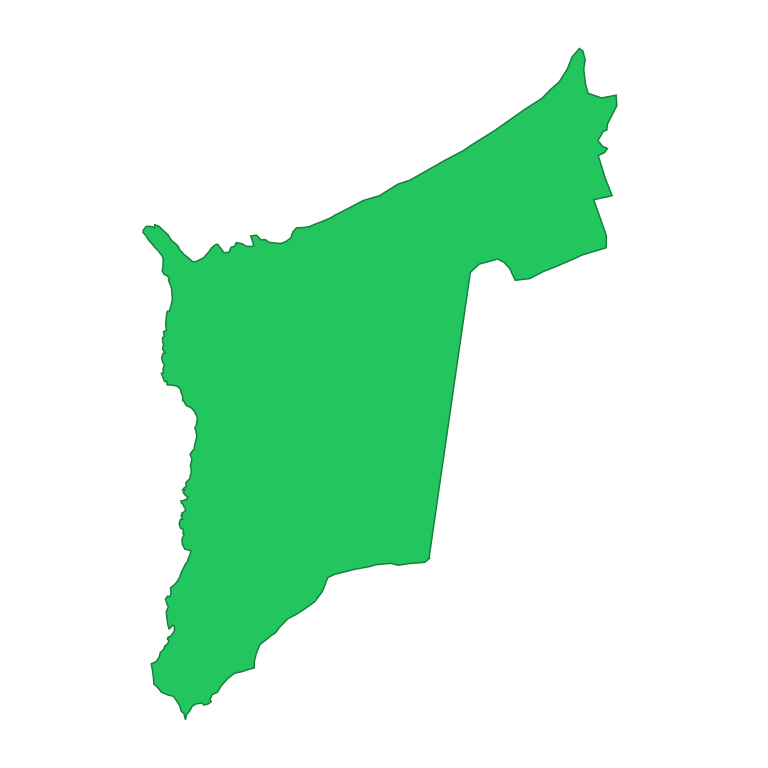 Akrotiri, Cyprus (Mercator projection), rotated 86°
{"feature_id": "46923920B88253584339693", "entity_name": "Akrotiri", "entity_type": "district", "adm_level": 2, "iso_a3": "CYP", "parent_name": "Cyprus", "parent_adm1": "", "projection": "mercator", "projection_center": [32.972, 34.606], "detail": "fine", "context": "isolated", "style": "filled", "palette": "green", "viewbox_px": 768, "rotation_deg": 86, "n_neighbors": 0, "source": "geoboundaries", "source_scale": "gbopen_adm2", "svg_char_len": 4060}
<svg xmlns="http://www.w3.org/2000/svg" viewBox="0 0 768 768"><g transform="rotate(86 384 384)"><path d="M62.9,165.8L65.8,168.5L70.8,173.5L82.6,179.2L95.0,188.3L101.5,196.9L109.9,206.3L119.9,224.5L139.3,256.7L151.7,280.0L156.7,288.6L165.3,308.1L182.4,343.8L185.7,356.4L195.8,375.4L199.6,392.1L210.0,415.9L211.8,420.6L214.3,425.1L217.5,434.2L219.7,441.5L222.0,448.0L222.3,454.8L222.1,458.5L222.1,460.4L226.0,464.3L231.8,466.8L235.2,472.1L236.6,477.4L234.8,488.6L231.8,492.2L231.6,496.6L228.5,499.2L226.6,501.1L227.1,506.6L236.3,504.3L237.6,506.1L237.1,511.5L234.4,515.5L232.6,521.4L236.3,523.5L236.8,526.9L241.8,529.5L241.8,534.5L232.9,540.3L233.4,542.6L236.0,546.3L239.4,549.1L245.5,555.1L248.5,562.3L248.9,566.2L245.8,569.0L241.0,574.3L235.4,578.7L232.8,579.4L231.4,580.4L229.5,582.2L226.2,585.7L223.9,587.1L219.8,589.2L217.7,591.3L214.5,594.4L211.4,597.0L210.9,597.6L209.1,601.6L211.8,602.1L210.6,606.0L210.2,607.8L210.2,610.2L213.7,613.4L215.9,613.9L219.9,610.8L223.4,609.2L228.5,605.4L232.3,602.6L233.8,601.1L237.1,598.8L240.8,596.4L244.5,595.5L247.4,595.9L252.4,596.5L255.5,597.4L259.2,595.8L261.0,592.7L263.9,590.7L265.3,591.8L269.1,590.6L273.2,589.3L277.9,589.3L284.0,589.2L288.7,590.2L293.3,591.9L296.5,593.1L296.3,595.0L299.8,596.1L308.3,597.5L311.5,597.6L315.4,597.3L316.4,600.4L321.4,599.8L322.3,601.7L326.8,601.9L328.9,601.1L333.8,602.6L337.9,600.0L338.1,602.4L340.7,603.3L342.6,604.0L346.7,603.2L350.0,601.7L351.7,602.7L353.5,603.4L357.2,603.3L357.8,605.3L361.5,604.3L366.2,602.7L366.2,600.4L369.8,600.4L370.0,598.5L370.4,594.9L371.4,591.7L372.9,589.0L375.3,587.4L378.2,587.1L380.0,586.4L382.3,585.7L384.8,586.0L386.9,585.8L387.6,584.4L389.3,584.0L391.6,582.7L392.6,581.2L393.2,579.9L394.8,577.6L397.2,575.7L399.0,574.7L403.7,572.8L406.2,572.5L409.2,573.7L412.2,573.9L413.7,575.4L415.7,575.6L417.4,574.8L419.9,574.8L421.6,574.5L423.1,574.2L424.3,574.7L430.9,576.9L435.8,578.2L438.6,580.8L440.7,582.3L445.1,580.9L448.3,581.7L452.1,582.9L456.3,582.2L460.9,582.9L461.1,583.4L464.7,584.3L468.7,588.6L472.5,588.3L473.6,590.5L475.6,592.4L475.8,590.2L478.2,591.9L481.1,590.0L482.7,587.8L484.9,588.4L486.4,592.6L486.4,594.7L489.1,594.2L489.9,592.7L492.4,592.3L493.6,590.8L497.1,591.4L497.8,592.8L498.6,594.7L500.4,594.1L500.9,595.6L502.8,594.9L504.9,594.3L504.6,596.3L509.0,598.1L513.9,596.9L514.8,594.7L516.7,594.5L519.1,595.0L519.9,593.5L520.7,594.3L524.9,596.4L529.5,596.4L534.8,594.2L536.7,588.4L540.6,589.3L543.9,591.2L547.2,592.4L550.1,594.9L554.9,597.6L558.7,599.8L563.1,601.6L566.3,603.9L569.3,606.7L572.5,611.2L578.0,611.0L581.2,612.5L580.6,614.8L583.2,616.9L587.1,616.2L591.4,614.7L596.2,617.2L598.6,617.0L604.4,616.8L608.5,616.5L613.3,615.5L612.1,613.8L609.7,611.7L610.7,610.1L614.7,610.1L616.7,611.1L620.8,614.5L621.5,617.0L623.3,617.8L624.8,616.6L628.0,617.8L630.1,620.9L633.9,622.7L636.0,625.8L640.4,627.1L645.1,630.7L646.8,635.7L649.2,635.5L653.9,634.9L660.9,634.5L667.5,634.5L669.4,632.2L672.2,630.1L675.9,627.6L679.1,621.3L680.8,616.1L684.5,613.6L690.7,610.2L696.3,609.1L699.1,606.4L701.8,606.2L705.1,605.4L700.7,604.4L696.2,600.4L691.9,597.7L690.0,593.5L689.5,587.8L691.7,586.3L691.0,581.9L688.8,578.5L686.5,579.5L682.0,577.1L679.8,571.6L673.6,567.3L667.2,560.8L662.1,553.3L661.1,546.1L659.3,539.0L658.2,533.3L651.7,532.7L644.2,530.3L635.2,526.0L631.3,520.0L627.8,515.0L624.0,509.0L619.2,505.0L611.4,496.2L607.2,486.5L602.4,478.1L596.3,468.2L586.6,459.9L573.2,453.6L570.5,446.7L566.8,426.4L565.2,411.6L563.7,404.5L563.4,389.7L565.8,382.3L564.9,371.8L564.8,366.2L564.8,361.0L564.6,355.5L563.8,354.5L561.0,350.6L560.2,351.1L278.7,290.1L271.1,280.7L269.8,274.3L267.3,262.0L271.0,255.8L277.6,250.5L289.7,245.9L289.0,231.2L282.9,217.2L279.2,205.3L273.9,190.1L271.3,183.0L269.0,176.9L263.6,152.9L260.0,152.5L251.7,151.8L214.8,161.9L212.0,143.3L195.0,148.7L171.0,154.4L168.6,147.9L164.6,144.7L162.2,149.3L156.2,153.6L147.2,147.6L146.1,143.9L140.6,143.1L133.7,139.0L127.5,135.3L122.6,132.3L112.1,132.3L113.8,147.1L108.1,160.2L97.8,162.2L83.9,162.8L74.7,160.7L65.5,162.4L62.9,165.8Z" fill="#22c55e" stroke="#15803d" stroke-width="1.5"/></g></svg>